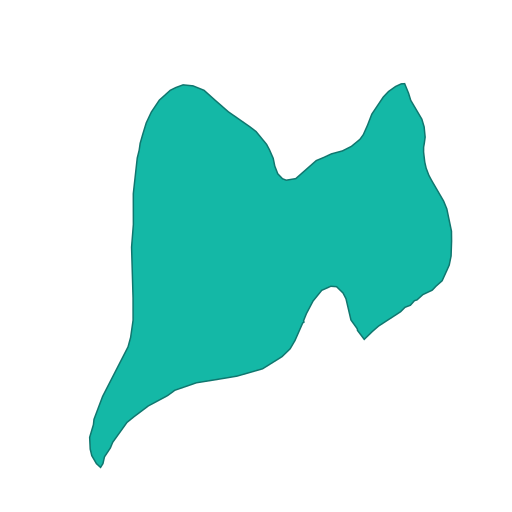 Chiché, Quiché, Guatemala, rotated 350°
{"feature_id": "79465075B58448783087993", "entity_name": "Chiché", "entity_type": "district", "adm_level": 2, "iso_a3": "GTM", "parent_name": "Guatemala", "parent_adm1": "Quiché", "projection": "equal_earth", "projection_center": [-91.034, 15.008], "detail": "fine", "context": "isolated", "style": "filled", "palette": "teal", "viewbox_px": 512, "rotation_deg": 350, "n_neighbors": 0, "source": "geoboundaries", "source_scale": "gbopen_adm2", "svg_char_len": 1543}
<svg xmlns="http://www.w3.org/2000/svg" viewBox="0 0 512 512"><g transform="rotate(350 256 256)"><path d="M432.3,112.1L428.9,111.7L422.9,113.3L415.1,117.0L409.0,121.5L394.7,136.4L388.6,146.5L382.8,155.1L378.7,159.1L369.0,164.6L359.4,167.5L348.1,168.5L338.6,171.0L331.9,172.5L308.6,186.7L298.9,186.6L295.5,184.5L291.7,178.8L290.1,170.7L289.9,162.8L287.7,153.8L285.8,147.9L277.7,133.5L272.4,127.7L253.8,109.2L242.3,94.9L233.6,83.8L223.5,77.5L213.9,74.8L206.2,76.2L200.4,77.9L187.9,85.7L177.9,96.1L171.0,105.9L165.5,116.7L161.5,124.9L159.3,131.6L156.1,138.8L146.0,173.3L140.7,203.7L135.0,225.7L127.6,276.2L123.8,297.9L118.4,314.4L114.2,323.3L80.6,367.6L68.1,388.7L66.6,393.9L60.7,405.7L59.2,417.4L59.6,424.1L62.8,432.8L66.2,437.2L69.2,433.9L71.9,427.5L79.2,419.8L82.5,414.6L100.0,397.5L107.9,393.1L124.0,384.9L144.7,378.1L152.8,374.1L175.3,370.5L203.2,370.9L216.4,371.0L242.9,368.2L264.2,359.6L273.5,353.3L279.7,346.0L290.4,330.0L291.7,329.5L291.7,327.8L295.7,321.4L304.4,310.2L314.8,301.2L324.4,298.8L330.0,300.2L335.3,307.6L337.2,313.7L338.4,335.5L343.1,345.3L343.0,346.9L348.1,356.9L357.4,350.6L364.5,346.3L388.7,336.0L393.8,332.4L399.5,331.3L404.3,327.5L406.9,327.2L413.6,323.0L423.7,320.2L428.0,317.0L435.0,312.7L441.4,303.4L444.7,298.5L448.1,289.9L451.2,275.3L452.8,265.6L452.1,242.8L450.3,234.5L442.5,213.3L441.6,210.7L440.2,206.4L438.8,199.0L438.5,192.9L438.9,185.6L439.1,182.6L440.0,177.8L441.3,174.3L443.2,168.3L444.0,158.1L443.1,150.1L435.4,129.5L434.5,122.2L432.3,112.1Z" fill="#14b8a6" stroke="#0f766e" stroke-width="1.5"/></g></svg>